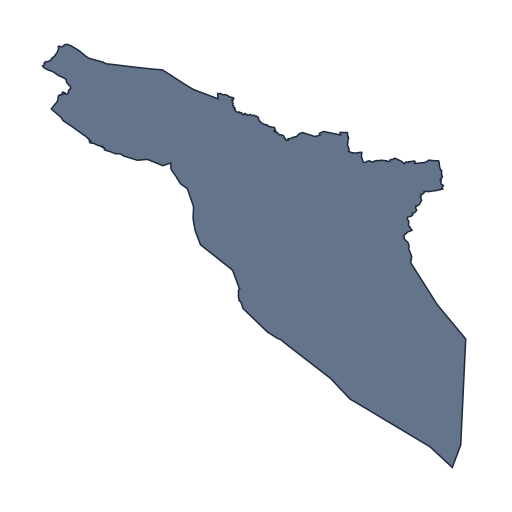 Løten nor, Hedmark, Norway (Equal Earth projection), rotated 178°
{"feature_id": "86288312B76423456121539", "entity_name": "Løten nor", "entity_type": "district", "adm_level": 2, "iso_a3": "NOR", "parent_name": "Norway", "parent_adm1": "Hedmark", "projection": "equal_earth", "projection_center": [11.462, 60.865], "detail": "fine", "context": "isolated", "style": "filled", "palette": "slate", "viewbox_px": 512, "rotation_deg": 178, "n_neighbors": 0, "source": "geoboundaries", "source_scale": "gbopen_adm2", "svg_char_len": 6042}
<svg xmlns="http://www.w3.org/2000/svg" viewBox="0 0 512 512"><g transform="rotate(178 256 256)"><path d="M163.4,107.5L88.7,59.2L67.2,37.8L58.0,60.0L49.3,165.7L76.6,201.1L101.6,243.9L101.7,244.2L101.2,245.6L101.3,246.4L100.8,247.3L100.8,248.7L100.4,249.8L102.2,255.5L103.2,257.3L103.2,257.9L102.8,259.0L103.0,260.4L102.7,261.2L103.0,262.1L103.0,262.6L103.5,263.2L103.7,264.3L107.0,267.5L107.1,268.2L107.4,268.6L107.0,269.4L107.6,270.7L107.5,271.4L104.9,273.4L103.6,274.8L101.6,275.3L99.2,276.2L99.3,276.6L99.6,277.1L100.5,278.1L100.9,279.3L101.2,279.7L102.0,280.1L102.4,280.9L102.5,282.0L102.3,282.3L102.5,282.6L102.0,284.5L102.6,286.5L103.3,287.0L103.5,287.5L103.3,288.7L103.0,289.7L99.6,290.3L98.1,291.4L97.9,291.6L98.4,293.1L96.6,293.5L94.7,295.0L94.0,295.8L93.9,296.9L94.8,297.8L94.7,299.1L94.5,299.7L94.7,300.4L93.5,300.3L92.0,301.0L90.6,302.4L89.5,304.4L88.5,305.8L89.3,308.7L89.6,309.0L89.7,309.7L88.9,310.2L88.6,310.7L89.0,311.3L89.0,312.0L86.4,312.5L85.9,313.2L85.7,314.6L80.6,314.3L78.6,314.7L73.6,315.1L69.2,316.0L66.4,316.2L67.3,316.5L68.2,317.2L67.9,318.0L67.2,318.4L66.3,319.6L66.5,320.1L68.5,321.5L68.9,323.3L68.3,324.2L69.4,325.2L69.0,325.7L68.1,326.1L68.0,326.5L68.3,327.2L67.1,328.2L66.9,328.6L67.4,329.2L67.3,330.0L67.7,330.2L67.5,335.0L68.6,335.2L68.8,336.8L69.4,338.2L69.3,339.3L69.6,340.3L69.7,343.1L70.1,344.5L70.3,344.8L75.2,345.1L80.0,345.8L81.6,344.6L84.1,343.6L93.8,342.9L95.1,343.0L94.1,343.3L93.7,343.8L93.7,344.3L94.2,345.4L100.4,344.8L100.3,344.2L103.1,344.8L103.8,343.8L104.7,342.9L106.9,345.3L113.6,348.9L114.1,348.5L115.0,348.4L116.1,347.6L118.3,347.7L118.9,346.7L119.0,346.0L119.7,345.8L122.0,346.2L122.1,346.6L122.4,346.6L127.8,347.4L129.7,347.0L132.3,347.2L134.1,346.8L134.9,346.2L136.2,346.1L137.2,345.8L139.0,347.1L139.5,347.2L141.2,346.8L142.3,346.5L143.1,345.8L144.4,345.7L145.5,345.9L147.2,351.9L146.6,355.8L148.0,356.0L152.8,355.4L156.8,355.9L158.9,357.1L160.0,357.3L159.4,358.7L159.4,360.5L160.6,363.3L160.7,365.2L160.0,366.3L160.3,367.0L160.2,368.3L159.3,370.2L159.6,371.4L159.8,371.4L159.7,371.9L159.9,371.9L160.4,376.2L167.7,376.6L167.7,375.8L167.2,374.0L184.0,378.1L188.2,376.5L188.3,375.2L187.9,374.6L188.8,374.5L189.8,373.9L193.2,373.5L194.2,373.7L195.8,374.4L205.4,377.8L208.6,376.6L210.1,375.3L210.4,374.6L210.7,374.3L215.0,373.2L216.9,372.5L218.5,372.1L219.8,372.1L219.8,371.5L219.5,370.8L219.7,370.6L221.8,370.5L222.0,371.3L222.4,371.8L222.6,372.5L223.4,373.0L223.9,373.7L223.8,374.6L224.4,375.4L225.1,375.7L226.0,375.6L226.1,376.0L226.7,376.3L228.3,376.3L229.0,376.7L229.9,378.1L231.5,379.0L231.5,379.5L232.9,379.4L233.0,380.2L233.3,380.4L232.2,380.6L232.1,380.8L232.6,381.7L232.6,382.4L232.7,382.9L233.0,383.4L232.9,383.6L233.0,383.7L236.1,384.4L237.5,384.7L237.9,385.1L239.4,385.1L240.1,385.8L240.0,386.3L240.3,386.6L241.8,387.1L243.0,387.1L244.8,388.3L246.2,388.8L246.2,389.2L246.7,389.7L246.8,390.3L247.9,390.7L248.2,391.0L248.3,392.2L248.8,393.1L248.6,393.7L249.0,394.2L249.0,394.6L249.6,394.9L250.6,395.8L251.5,395.8L252.5,396.0L252.7,396.3L252.7,396.7L252.9,396.7L254.3,396.6L255.6,396.6L256.3,397.5L256.7,397.7L258.6,397.0L259.8,396.9L260.2,397.8L262.1,398.8L263.0,398.3L263.1,397.7L263.4,397.6L264.8,398.3L265.1,398.6L265.2,399.3L265.8,399.8L267.5,399.7L267.6,399.9L267.5,400.3L267.8,400.5L268.9,400.6L269.5,400.3L270.4,400.6L271.7,402.1L271.7,403.2L272.6,403.6L271.9,404.7L272.2,405.2L272.7,405.3L273.5,406.1L273.6,406.4L273.2,406.9L273.7,407.1L273.9,407.6L274.0,408.1L273.5,409.3L273.7,409.8L274.4,410.5L274.4,410.8L274.0,411.1L274.0,411.7L273.7,412.2L274.6,412.8L274.4,413.0L273.2,413.6L272.6,414.2L272.7,414.5L273.4,415.0L275.2,415.6L277.7,416.2L278.0,416.8L278.7,417.4L280.8,418.3L283.3,418.3L284.6,418.7L285.3,419.6L288.4,419.7L288.7,419.7L288.6,418.5L288.7,417.1L288.4,414.4L312.7,424.6L319.6,429.0L343.0,445.3L352.6,446.4L368.9,448.7L396.3,453.0L398.1,453.1L401.4,454.5L401.6,454.8L402.5,455.2L415.9,459.4L418.8,461.3L425.6,467.4L433.1,472.3L437.2,474.1L437.7,473.8L439.1,474.2L440.0,473.5L440.5,473.5L440.8,472.8L442.4,471.8L443.3,471.9L444.1,472.3L445.2,472.5L446.2,472.4L446.4,471.9L446.0,470.9L446.5,469.0L447.1,467.7L447.3,466.8L449.5,464.1L449.4,463.5L449.5,463.4L453.4,460.6L453.6,460.4L453.5,459.7L454.2,458.9L456.8,457.7L458.5,457.5L459.6,457.6L460.1,457.0L460.2,456.5L461.0,456.3L460.8,454.9L461.0,454.3L461.4,453.9L462.4,453.8L462.7,453.5L462.4,452.7L461.9,452.1L461.1,451.4L457.8,449.4L455.2,448.4L452.3,447.1L446.5,442.9L441.5,440.4L440.4,439.7L439.6,438.4L439.6,437.6L439.3,436.8L439.1,435.8L438.3,435.1L437.0,433.1L436.2,432.7L435.7,432.1L435.6,431.1L435.2,430.3L435.4,429.9L436.3,429.3L436.6,428.8L437.4,428.3L437.4,428.0L437.7,427.7L437.7,426.7L438.3,425.0L438.6,424.8L439.4,424.5L441.0,424.4L441.2,424.8L441.0,425.4L441.1,425.6L442.2,426.2L443.7,426.5L444.1,425.6L443.3,424.9L443.4,424.3L446.8,423.7L446.6,423.3L447.4,423.2L448.0,422.7L448.4,419.9L449.3,417.2L454.9,410.9L455.3,410.3L455.3,409.9L445.9,401.3L444.3,398.2L435.6,391.9L424.5,383.3L421.4,381.1L419.7,379.1L418.4,378.6L418.4,378.3L418.6,378.0L418.1,377.6L418.7,376.7L417.8,376.2L416.9,376.2L416.7,376.0L416.8,375.9L417.8,375.4L418.0,375.0L417.5,375.0L415.8,374.4L413.9,374.2L413.5,373.8L412.6,373.5L412.5,373.2L411.3,373.0L410.9,372.4L410.0,372.0L408.1,371.6L407.5,371.0L406.2,371.1L405.2,370.9L405.0,370.4L405.6,369.9L404.0,369.0L403.5,369.0L403.3,368.5L403.8,368.0L403.8,367.6L403.4,367.7L403.1,367.1L395.1,364.2L393.0,363.0L391.7,363.1L387.5,362.7L385.8,361.1L384.8,360.6L371.1,355.8L362.1,356.3L360.8,356.2L346.0,349.5L338.0,351.9L337.9,346.0L336.7,343.5L333.6,339.1L332.0,336.1L330.7,334.1L330.0,332.5L328.5,330.4L322.4,325.9L321.4,323.0L316.8,307.9L316.8,305.5L317.6,295.5L316.2,285.1L315.5,282.1L311.1,269.2L283.1,245.4L282.0,245.1L281.9,244.2L279.8,242.4L273.8,224.3L273.4,223.8L273.8,223.6L273.8,223.3L274.3,222.9L274.9,221.5L274.7,221.0L275.0,216.1L274.5,213.2L274.2,212.4L274.4,211.9L274.3,211.6L273.0,211.2L270.7,203.9L248.0,180.4L246.5,179.1L237.1,172.7L234.7,171.9L227.2,165.4L185.8,131.1L166.9,109.6L163.4,107.5Z" fill="#64748b" stroke="#1e293b" stroke-width="1.5"/></g></svg>